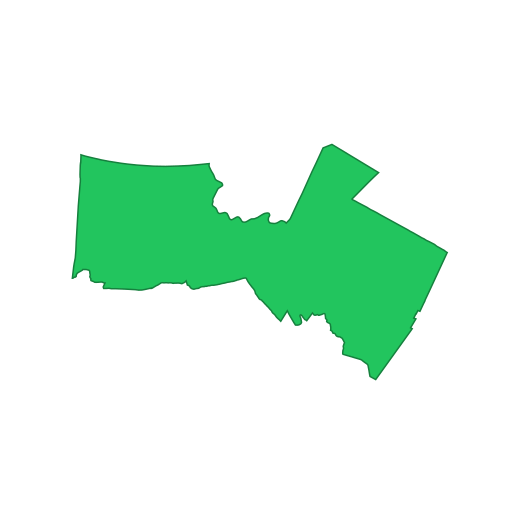 Joita, Giurgiu, Romania (Equal Earth projection), rotated 158°
{"feature_id": "2599482B22090159285998", "entity_name": "Joita", "entity_type": "district", "adm_level": 2, "iso_a3": "ROU", "parent_name": "Romania", "parent_adm1": "Giurgiu", "projection": "equal_earth", "projection_center": [25.867, 44.487], "detail": "fine", "context": "isolated", "style": "filled", "palette": "green", "viewbox_px": 512, "rotation_deg": 158, "n_neighbors": 0, "source": "geoboundaries", "source_scale": "gbopen_adm2", "svg_char_len": 6133}
<svg xmlns="http://www.w3.org/2000/svg" viewBox="0 0 512 512"><g transform="rotate(158 256 256)"><path d="M227.0,279.3L229.8,280.8L230.4,281.3L230.8,281.6L231.0,282.1L231.2,282.7L231.2,283.3L231.2,284.6L231.1,285.1L230.6,285.6L230.4,286.4L229.9,287.0L228.3,288.3L228.0,288.8L227.9,289.6L228.0,290.6L228.1,290.8L228.3,291.0L229.5,291.7L230.5,291.9L231.8,292.2L233.3,292.2L235.6,291.9L238.3,291.4L239.1,291.3L239.6,291.1L240.2,291.1L243.5,291.1L245.1,291.6L246.4,292.1L248.6,291.9L251.0,291.5L252.7,291.4L253.8,291.6L255.4,292.4L255.9,293.1L256.2,294.0L256.5,296.3L256.9,297.3L257.4,298.5L258.0,298.9L258.5,299.2L259.4,299.3L260.3,299.2L264.0,298.7L265.3,298.8L266.1,299.5L266.3,299.9L266.5,300.5L266.6,301.0L266.6,302.8L266.7,304.2L266.9,306.2L267.8,307.4L268.5,307.9L269.0,308.1L272.9,308.7L273.8,309.0L274.3,309.4L274.7,309.8L275.1,311.0L275.1,311.8L275.1,313.1L275.2,314.8L275.4,315.6L276.5,317.5L276.9,318.0L277.2,318.6L277.3,319.3L277.3,319.9L276.9,320.7L276.2,321.7L275.7,322.2L275.4,322.8L275.1,324.2L274.7,324.9L274.2,325.5L266.7,332.1L265.6,332.8L262.4,333.4L260.7,333.8L260.4,334.3L260.2,335.1L260.4,336.6L261.7,338.1L264.3,341.0L265.0,342.7L264.9,346.8L265.1,348.6L265.5,350.9L265.7,352.9L265.9,356.2L265.8,356.9L265.5,357.9L264.8,359.2L273.0,361.6L284.0,364.9L294.8,368.7L306.4,373.0L317.4,377.7L324.5,381.1L332.3,384.9L340.6,389.3L346.3,392.5L356.8,398.8L363.5,403.1L373.9,410.4L377.2,412.8L380.4,415.4L380.8,414.3L383.6,408.1L383.8,408.1L384.9,406.0L388.6,397.6L389.6,394.9L389.8,393.7L391.0,390.8L392.8,387.3L401.8,369.4L417.2,336.9L420.9,328.7L424.3,321.9L427.7,316.6L429.2,314.1L434.6,304.2L434.0,304.0L433.3,304.2L432.3,304.4L431.4,304.1L430.4,304.4L429.6,305.9L428.2,307.0L426.7,307.3L423.7,307.7L422.4,307.9L421.7,308.4L418.5,307.1L416.2,305.4L415.9,304.6L416.1,303.5L416.4,302.6L416.8,300.5L417.8,299.1L417.9,298.1L417.6,296.9L418.2,295.5L418.1,294.9L416.2,293.2L415.5,292.2L414.4,291.6L412.2,290.8L410.2,290.2L408.4,289.5L407.5,288.4L406.1,287.6L409.3,284.5L409.4,283.0L408.3,282.5L406.7,281.9L404.5,281.2L402.3,279.8L398.5,278.3L389.2,274.1L380.5,270.0L377.5,268.3L374.5,267.2L371.6,266.6L365.1,265.5L365.3,265.2L365.0,265.1L364.0,265.1L359.8,265.8L357.6,265.9L354.2,266.6L353.8,266.6L353.5,266.5L352.5,266.2L351.5,265.6L349.6,265.0L348.7,264.6L347.4,263.9L346.4,263.6L345.4,263.2L344.5,262.8L343.5,262.0L343.0,261.7L342.4,261.5L341.8,261.4L340.6,260.9L339.1,260.4L338.1,260.0L336.9,259.4L335.3,258.2L334.9,258.1L332.2,258.3L331.4,258.5L330.8,258.8L330.1,259.1L330.5,254.8L330.2,254.7L329.8,254.1L329.0,253.2L328.8,252.8L328.8,252.5L328.8,251.9L328.7,251.2L328.3,250.6L327.8,249.8L327.1,249.2L326.4,248.7L326.0,248.5L325.5,248.4L323.7,248.2L321.6,247.6L321.2,247.6L320.8,247.6L319.4,247.9L318.5,247.9L317.5,247.7L316.7,247.5L315.6,247.0L314.7,247.0L313.1,246.4L311.2,246.2L310.3,245.8L308.6,245.6L307.7,245.4L306.4,244.8L303.9,244.2L302.6,243.9L301.7,243.8L300.3,243.5L297.8,243.2L294.9,242.6L292.2,242.3L290.3,241.8L288.3,241.5L287.0,241.1L285.4,240.9L285.1,240.8L284.3,240.9L283.3,240.7L282.5,240.8L281.0,240.5L276.7,240.2L274.7,239.8L273.9,239.5L273.6,239.2L273.4,238.9L273.0,235.1L272.4,232.4L271.8,230.5L271.6,229.4L271.1,228.0L270.4,225.8L270.2,223.9L270.2,223.6L270.4,222.2L270.5,221.6L270.5,221.2L270.0,219.7L269.9,219.2L269.8,218.7L269.7,218.4L269.7,217.8L269.4,217.0L269.2,216.0L269.2,215.4L268.7,214.4L268.6,214.2L267.7,213.4L267.3,213.0L267.2,212.7L267.1,211.9L267.0,211.7L266.6,211.1L266.4,210.4L266.2,209.9L266.0,209.5L265.9,208.7L265.7,208.4L265.4,207.8L265.2,207.4L264.6,205.5L264.2,205.0L263.9,204.0L263.4,202.7L263.1,201.6L262.4,200.0L262.2,199.5L262.1,198.9L262.1,197.8L261.7,196.6L260.7,194.8L260.5,194.1L260.1,192.5L259.9,191.6L259.1,189.7L258.3,188.2L257.5,186.2L247.5,193.5L247.3,191.0L247.3,190.5L246.9,187.4L245.8,179.9L245.3,177.2L243.5,176.4L242.2,176.1L241.6,176.1L240.0,176.3L239.5,176.6L238.9,177.1L238.6,177.5L238.5,178.0L238.1,179.9L237.8,181.5L237.8,183.6L237.7,184.0L237.5,184.4L237.1,184.7L236.8,184.7L236.5,184.6L236.3,184.4L235.8,183.6L235.7,183.2L235.6,182.4L235.0,180.5L234.7,179.2L234.5,178.7L233.5,177.7L233.2,177.0L225.0,182.0L224.6,180.7L224.5,180.1L224.3,179.7L224.0,179.3L223.2,178.9L222.7,178.8L222.4,178.7L221.5,178.8L221.1,178.7L220.9,178.6L220.5,177.9L220.3,177.7L220.0,177.5L219.8,177.5L219.2,177.3L217.8,177.3L216.9,177.1L216.4,177.2L215.8,177.3L214.9,177.2L214.3,177.1L214.0,176.8L213.8,176.5L213.8,175.9L214.3,174.1L214.4,173.4L214.6,173.0L214.9,172.0L214.2,170.3L214.2,170.1L214.3,169.8L214.9,169.1L215.0,168.8L214.9,168.3L214.4,167.4L213.2,166.1L212.8,165.3L212.7,164.8L212.8,164.3L213.1,163.4L213.2,162.9L213.2,162.4L213.4,161.8L213.6,161.4L214.1,160.0L214.6,159.4L214.7,159.2L214.4,158.9L213.9,158.2L213.7,157.8L213.6,157.4L213.6,156.0L213.5,155.6L212.2,154.8L211.9,154.4L211.7,154.0L211.6,152.7L211.5,152.3L211.4,151.9L210.9,151.1L210.0,150.3L209.2,150.0L208.5,149.5L208.2,149.2L207.7,148.4L207.1,147.7L207.0,147.4L206.8,146.7L206.4,142.5L206.6,142.2L206.9,142.0L207.3,141.6L208.9,139.7L209.0,139.5L209.2,138.5L209.3,137.9L209.6,137.3L210.4,136.3L211.1,135.4L211.3,134.8L212.0,133.5L212.2,132.7L212.1,132.2L198.3,121.3L197.0,120.1L196.6,119.2L195.0,116.5L193.6,114.4L193.4,113.9L193.2,113.4L193.1,112.6L193.2,112.1L193.5,110.8L194.0,108.1L195.0,103.8L195.4,101.6L192.6,98.2L191.3,96.6L140.2,128.9L138.4,130.1L139.6,131.5L131.3,137.8L133.0,139.3L129.4,142.5L129.2,142.3L126.3,144.8L124.7,143.3L118.6,149.0L116.4,150.9L115.5,152.0L108.9,158.1L77.4,187.6L78.0,188.3L79.5,190.9L80.8,192.4L82.1,194.1L84.8,197.4L86.1,199.8L90.2,204.6L92.0,206.5L92.7,207.4L93.8,209.0L95.4,210.7L101.6,218.6L104.0,221.4L104.9,222.7L106.1,224.2L109.9,228.8L116.6,237.0L125.5,247.9L127.8,250.9L129.1,252.4L130.1,253.6L132.2,255.9L132.9,256.8L134.9,259.6L141.3,267.1L143.1,269.4L145.2,271.8L145.7,272.6L145.6,272.9L123.8,282.3L117.0,285.1L111.1,287.4L143.8,331.0L153.3,331.1L165.5,319.6L172.6,313.1L189.7,296.7L195.6,291.4L210.2,277.8L211.6,277.0L215.7,275.2L216.2,276.5L216.4,276.8L216.9,277.4L217.9,278.3L218.7,279.0L219.6,279.3L220.3,279.3L222.2,279.0L223.0,278.9L224.2,278.8L225.4,278.9L226.0,279.0L227.0,279.3Z" fill="#22c55e" stroke="#15803d" stroke-width="1.5"/></g></svg>